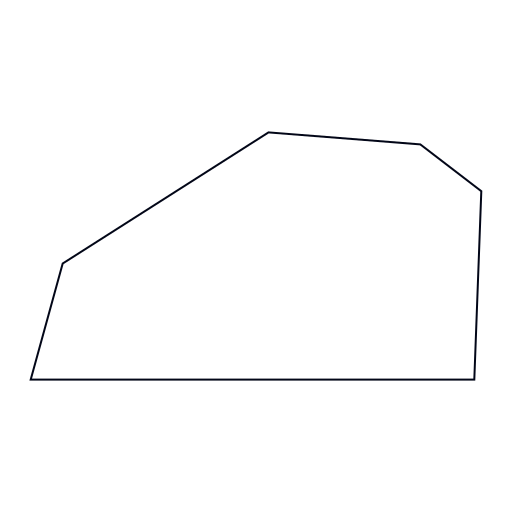 SVG path tracing the border of Saint Martin
{"feature_id": "MAF", "entity_name": "Saint Martin", "entity_type": "country or territory", "adm_level": 0, "iso_a3": "MAF", "parent_name": "North America", "parent_adm1": "", "projection": "equal_earth", "projection_center": [-63.051, 18.092], "detail": "fine", "context": "isolated", "style": "outline", "palette": "ink", "viewbox_px": 512, "rotation_deg": 0, "n_neighbors": 0, "source": "natural_earth", "source_scale": "50m", "svg_char_len": 209}
<svg xmlns="http://www.w3.org/2000/svg" viewBox="0 0 512 512"><path d="M474.3,379.6L30.7,379.6L62.7,263.5L268.5,132.4L420.3,144.4L481.3,191.2L474.3,379.6Z" fill="none" stroke="#020617" stroke-width="2"/></svg>